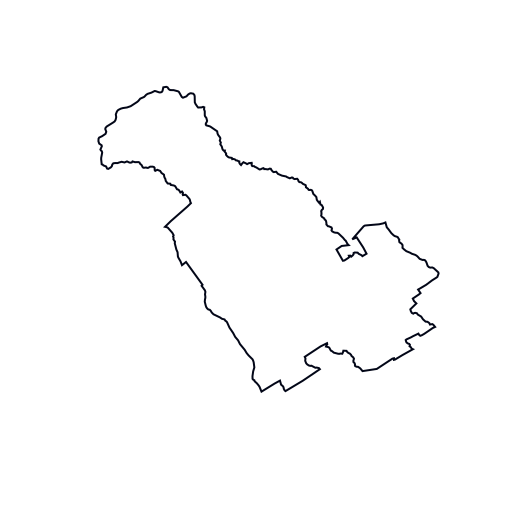 outline of Juja, Central, Kenya, rotated 205°
{"feature_id": "3690345B85267649800384", "entity_name": "Juja", "entity_type": "district", "adm_level": 2, "iso_a3": "KEN", "parent_name": "Kenya", "parent_adm1": "Central", "projection": "orthographic", "projection_center": [37.028, -1.103], "detail": "fine", "context": "isolated", "style": "outline", "palette": "ink", "viewbox_px": 512, "rotation_deg": 205, "n_neighbors": 0, "source": "geoboundaries", "source_scale": "gbopen_adm2", "svg_char_len": 6092}
<svg xmlns="http://www.w3.org/2000/svg" viewBox="0 0 512 512"><g transform="rotate(205 256 256)"><path d="M160.9,162.7L150.3,180.4L151.6,181.0L153.9,180.5L155.0,179.8L159.4,180.0L160.3,179.4L161.8,179.1L163.8,179.4L165.2,180.0L167.1,181.8L167.9,184.1L169.2,185.2L159.3,201.3L154.8,207.0L154.1,206.1L154.4,205.1L154.3,203.5L151.8,204.0L150.9,203.9L148.2,201.9L146.9,201.9L144.6,201.3L140.3,202.1L139.2,202.5L138.4,203.2L136.5,203.9L136.5,205.6L136.8,207.1L133.9,208.3L132.8,207.6L131.4,207.2L129.7,207.2L128.1,206.6L127.2,205.8L125.0,205.2L123.8,204.3L123.5,202.3L122.9,201.1L121.6,200.7L120.5,199.7L120.2,198.8L119.5,198.1L117.8,198.2L116.6,198.7L114.0,198.2L110.8,196.7L98.8,204.7L89.0,220.6L87.8,221.6L87.1,220.2L86.3,220.8L81.4,228.1L74.4,237.8L75.8,237.8L76.9,238.7L78.7,239.1L78.9,240.5L80.0,241.1L81.1,240.9L82.9,241.2L83.6,241.7L84.8,243.1L84.4,244.0L81.3,247.6L79.7,249.8L76.0,254.3L74.9,253.5L73.4,253.1L72.2,254.3L70.6,256.6L65.4,265.4L63.7,267.4L66.2,268.6L67.4,268.8L69.4,267.4L70.3,268.3L71.7,268.7L72.9,268.8L74.6,268.2L77.9,269.2L80.7,270.9L84.6,271.3L86.0,272.1L87.6,271.8L88.5,271.2L89.1,270.2L90.8,270.3L92.5,271.6L93.6,272.9L90.6,280.8L93.7,281.9L95.9,283.7L92.1,290.0L91.2,291.9L94.9,294.1L89.6,301.8L86.2,308.2L83.2,312.9L82.8,313.7L83.1,317.2L83.8,318.2L89.8,320.1L91.4,320.1L93.2,319.1L94.7,319.0L96.3,319.6L98.5,321.9L99.7,322.9L101.2,323.6L102.3,323.4L103.4,322.8L106.5,322.6L109.3,323.8L110.8,324.2L112.4,324.3L115.6,323.9L117.8,324.1L121.8,323.9L124.7,324.6L126.7,325.3L127.4,327.1L128.0,328.0L129.4,328.7L131.8,329.1L132.8,330.4L133.1,331.5L134.0,331.9L135.3,332.9L136.3,333.0L138.7,332.7L140.0,332.9L143.0,333.9L147.0,336.1L149.6,337.3L152.9,341.1L154.4,339.4L157.8,336.8L169.4,330.1L170.3,329.5L171.0,328.4L175.8,311.8L172.6,315.4L162.5,309.1L156.8,304.8L159.5,300.8L160.6,301.3L163.9,301.4L165.3,302.0L168.0,300.9L168.8,300.0L168.3,298.8L168.6,297.4L169.4,295.7L170.7,296.2L171.9,295.5L170.9,294.7L171.7,293.0L174.0,289.3L175.2,288.4L185.8,295.9L182.6,301.3L176.6,305.0L178.2,305.6L181.2,307.8L182.2,308.0L184.8,309.3L190.8,311.3L192.1,311.4L193.5,310.8L195.1,310.4L197.3,310.5L198.4,311.1L198.7,312.9L199.7,313.8L202.4,313.7L203.4,313.4L205.5,314.3L206.1,315.6L207.3,317.3L208.2,317.9L209.3,318.1L210.0,318.9L212.9,319.4L214.0,320.1L214.4,321.9L215.0,322.6L215.2,323.5L215.9,324.2L215.8,325.6L215.2,327.0L215.7,328.3L217.9,329.9L219.3,329.9L221.0,332.1L221.3,330.9L223.6,332.0L224.7,332.7L226.2,334.9L227.7,335.6L230.3,336.5L232.4,338.7L233.3,339.2L234.4,339.1L235.2,338.5L236.2,338.2L237.3,338.9L239.8,339.4L240.3,340.4L241.0,341.2L244.0,341.2L245.4,341.7L246.5,341.8L247.9,341.3L249.1,341.8L250.0,342.8L251.3,343.4L253.6,342.0L254.9,342.0L255.7,342.5L256.6,342.4L258.2,340.7L261.3,340.6L262.3,340.8L266.5,339.8L270.8,339.7L273.3,340.9L275.4,339.5L276.5,339.6L278.6,340.6L279.4,341.3L280.5,341.0L281.8,339.5L284.4,338.7L285.3,338.2L286.3,338.8L287.1,338.2L288.5,336.5L289.4,335.9L293.1,336.4L294.5,336.3L295.6,336.6L297.4,335.9L298.6,336.8L298.8,337.8L299.3,338.6L301.6,337.2L302.9,335.5L304.2,335.7L307.0,335.7L307.6,334.1L308.0,332.1L309.4,332.6L310.6,333.5L311.1,334.7L312.1,334.5L313.4,334.6L314.5,334.2L315.6,334.6L317.3,334.5L318.5,333.7L319.4,334.7L322.1,333.9L323.3,334.0L324.6,334.4L326.0,335.1L326.4,336.3L328.6,337.4L328.8,338.4L330.0,337.9L331.2,338.4L331.9,339.1L333.3,340.8L335.6,342.2L335.8,343.9L337.6,345.3L337.9,347.3L338.6,348.2L341.4,349.7L342.5,350.6L343.9,352.6L351.5,353.9L352.7,354.0L356.2,353.4L357.0,353.8L357.5,355.0L357.3,356.4L357.4,357.8L359.3,360.1L361.2,361.1L361.9,361.9L363.6,365.5L365.1,367.0L365.7,368.9L367.0,368.8L368.1,367.7L371.2,366.1L372.3,366.6L375.0,368.2L376.4,369.4L379.0,374.7L379.8,375.8L381.4,376.6L383.8,376.0L384.8,375.2L385.8,373.6L386.5,371.3L389.1,368.6L390.5,368.8L395.3,372.2L396.3,372.3L400.8,371.5L403.9,370.1L405.5,370.3L407.5,371.5L408.8,371.4L411.3,369.7L410.5,366.2L410.7,364.9L411.4,364.1L412.7,363.4L416.6,363.0L417.6,362.7L419.8,359.9L422.8,357.1L423.7,355.6L424.5,353.1L425.2,352.2L427.4,349.7L428.2,346.7L428.8,345.4L432.9,338.8L435.7,336.1L439.2,333.8L440.8,332.4L442.3,330.5L442.8,329.6L443.1,328.2L443.0,326.3L442.9,325.1L441.4,322.8L441.1,321.6L440.8,320.0L441.0,318.2L441.9,316.6L446.0,310.3L446.5,308.6L446.3,307.4L444.2,305.3L444.0,303.1L446.1,299.6L448.2,297.0L448.3,295.8L447.3,293.4L445.6,291.6L442.7,291.1L442.1,290.3L442.0,286.7L441.1,286.1L440.0,285.8L439.1,284.7L437.8,279.6L437.2,278.2L434.6,273.9L433.6,274.0L432.5,273.6L429.7,273.8L427.9,272.3L426.7,272.5L425.0,275.0L424.6,276.4L424.9,278.2L424.5,279.7L422.8,280.8L420.6,281.8L419.8,282.7L417.6,284.6L414.7,285.2L412.9,287.2L410.2,287.2L408.9,287.7L408.1,288.4L407.9,289.5L405.3,289.9L402.3,291.4L401.1,291.5L400.0,290.6L398.2,290.1L396.1,288.5L395.0,288.5L393.1,289.7L391.7,289.9L390.9,290.4L389.7,292.2L387.4,293.3L386.1,293.5L385.2,293.1L384.1,291.0L383.3,290.6L381.9,292.4L378.8,292.6L376.7,291.3L373.8,290.8L372.8,289.3L372.0,288.4L370.8,287.6L369.5,285.9L366.7,284.4L364.2,285.3L363.3,284.4L360.2,285.2L358.7,285.1L355.8,283.1L354.6,283.3L353.4,283.0L351.4,281.6L350.3,283.2L348.8,282.3L348.7,281.1L347.9,280.3L345.8,281.7L344.5,281.4L340.3,279.5L339.6,278.9L338.4,277.3L337.3,276.4L339.1,271.7L347.9,251.7L350.8,244.0L349.0,244.4L347.9,244.4L341.7,241.7L339.4,240.0L339.4,238.6L338.6,238.0L337.8,236.1L335.5,234.8L335.0,233.2L330.9,228.2L328.7,226.3L326.6,222.6L325.8,221.8L322.1,219.2L319.2,216.4L316.9,221.0L292.3,207.3L292.7,206.0L287.8,203.3L286.7,202.1L286.0,199.7L284.8,197.9L284.2,196.6L283.9,195.1L283.1,192.9L280.6,189.8L279.3,188.5L277.8,187.7L276.6,187.4L275.1,187.7L273.7,187.1L272.3,186.1L269.9,185.2L262.5,185.1L260.4,184.7L257.7,185.2L256.5,184.4L255.2,184.2L254.2,183.7L249.8,179.9L244.1,176.5L240.7,173.9L236.6,172.0L233.3,169.4L226.6,166.2L223.5,164.1L220.8,162.8L215.5,160.9L214.4,160.0L213.2,158.7L210.4,154.3L209.8,150.2L208.4,145.6L207.2,143.2L206.1,142.7L205.0,142.7L204.3,141.9L201.4,141.0L198.9,139.8L197.6,139.0L193.7,135.4L185.2,148.3L181.6,153.2L178.9,150.0L176.7,149.4L175.6,148.7L174.7,147.4L173.4,146.4L172.2,146.0L160.9,162.7Z" fill="none" stroke="#020617" stroke-width="2"/></g></svg>